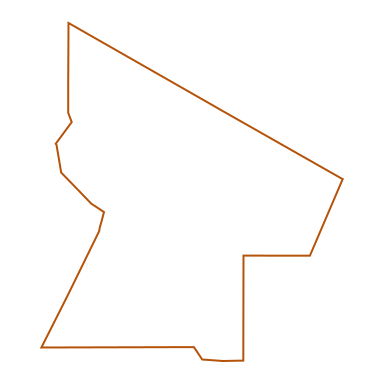 Tibesti Est, Borkou, Chad
{"feature_id": "50815135B39039287340708", "entity_name": "Tibesti Est", "entity_type": "district", "adm_level": 2, "iso_a3": "TCD", "parent_name": "Chad", "parent_adm1": "Borkou", "projection": "robinson", "projection_center": [18.315, 20.82], "detail": "fine", "context": "isolated", "style": "outline", "palette": "amber", "viewbox_px": 384, "rotation_deg": 0, "n_neighbors": 0, "source": "geoboundaries", "source_scale": "gbopen_adm2", "svg_char_len": 447}
<svg xmlns="http://www.w3.org/2000/svg" viewBox="0 0 384 384"><path d="M342.7,179.1L342.4,179.0L221.4,110.3L207.1,102.1L68.5,23.0L68.2,86.4L68.2,112.8L71.7,122.1L55.7,143.8L56.5,144.8L61.2,172.6L75.6,187.4L91.2,203.6L104.0,212.1L101.2,222.6L99.8,227.3L99.7,227.9L99.2,231.1L67.0,296.8L41.4,347.5L193.9,347.1L202.2,359.5L221.6,360.9L222.1,361.0L243.3,360.6L243.5,255.6L309.9,255.7L342.7,179.1Z" fill="none" stroke="#b45309" stroke-width="2"/></svg>